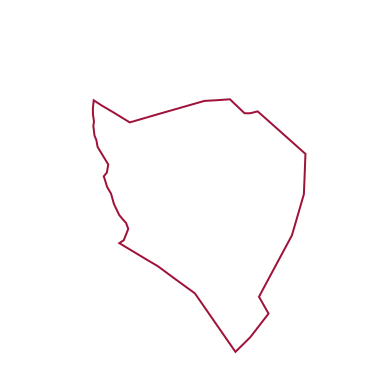 the district of Francisco Macedo, Piauí, Brazil, rotated 126°
{"feature_id": "56859067B83618193762554", "entity_name": "Francisco Macedo", "entity_type": "district", "adm_level": 2, "iso_a3": "BRA", "parent_name": "Brazil", "parent_adm1": "Piauí", "projection": "orthographic", "projection_center": [-40.779, -7.331], "detail": "fine", "context": "isolated", "style": "outline", "palette": "rose", "viewbox_px": 384, "rotation_deg": 126, "n_neighbors": 0, "source": "geoboundaries", "source_scale": "gbopen_adm2", "svg_char_len": 741}
<svg xmlns="http://www.w3.org/2000/svg" viewBox="0 0 384 384"><g transform="rotate(126 192 192)"><path d="M94.5,122.6L89.1,176.7L88.2,186.3L94.2,191.3L97.4,195.8L94.7,215.8L103.0,225.7L111.0,235.5L117.4,240.5L147.8,264.3L172.3,283.3L173.7,301.3L175.1,316.0L175.6,325.4L182.7,321.3L187.7,317.5L192.5,312.8L196.6,310.6L203.7,304.0L206.2,299.9L211.0,294.9L219.0,275.9L226.3,272.3L231.2,272.6L233.9,268.8L237.7,263.8L241.0,256.4L247.6,248.1L253.4,237.4L254.8,231.9L255.8,227.2L259.3,221.9L265.4,220.3L271.1,218.9L276.1,220.7L273.2,187.2L272.1,176.1L272.3,153.9L272.3,137.8L272.3,130.1L295.8,62.9L275.3,59.5L245.4,58.6L237.4,76.2L227.5,77.6L168.3,85.7L128.0,100.2L114.8,109.0L94.5,122.6Z" fill="none" stroke="#9f1239" stroke-width="2"/></g></svg>